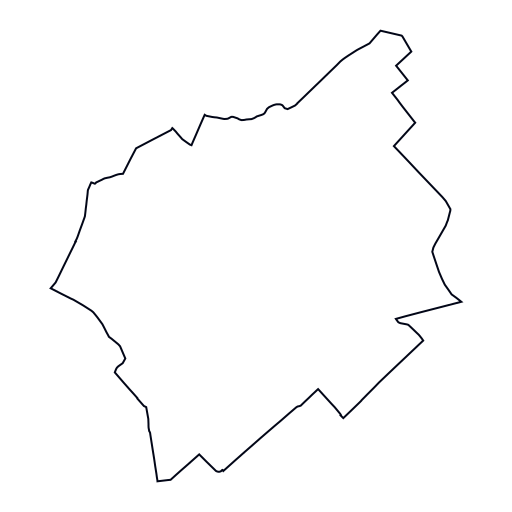 Botiz, Satu Mare, Romania
{"feature_id": "2599482B62414452256024", "entity_name": "Botiz", "entity_type": "district", "adm_level": 2, "iso_a3": "ROU", "parent_name": "Romania", "parent_adm1": "Satu Mare", "projection": "orthographic", "projection_center": [22.945, 47.838], "detail": "fine", "context": "isolated", "style": "outline", "palette": "ink", "viewbox_px": 512, "rotation_deg": 0, "n_neighbors": 0, "source": "geoboundaries", "source_scale": "gbopen_adm2", "svg_char_len": 4046}
<svg xmlns="http://www.w3.org/2000/svg" viewBox="0 0 512 512"><path d="M380.5,30.7L378.8,32.6L377.1,34.5L372.4,40.0L369.5,43.4L362.5,47.1L358.5,49.2L356.7,50.2L348.6,55.4L344.9,57.9L342.7,59.5L340.2,61.6L336.8,65.1L330.8,70.9L324.4,77.1L320.2,81.2L315.4,85.8L309.1,91.9L302.6,98.2L300.2,100.5L297.8,102.8L297.4,103.1L297.3,103.5L295.1,105.5L291.4,107.3L287.6,109.1L287.3,109.0L284.7,108.2L282.6,105.5L282.3,105.2L280.7,104.5L279.4,104.3L277.2,104.3L276.1,104.4L274.1,104.9L272.8,105.4L271.5,106.0L269.0,107.2L267.1,108.8L265.2,112.2L264.4,113.4L263.1,114.3L261.3,115.0L258.4,115.9L256.6,116.5L255.7,117.2L253.9,118.2L251.5,119.1L248.8,119.3L246.4,119.5L245.4,119.7L245.0,119.8L243.7,120.0L241.4,120.1L240.2,119.7L238.7,119.1L237.7,118.4L235.6,117.7L233.2,116.9L231.9,116.8L231.2,116.9L228.4,118.4L227.7,118.7L226.2,118.9L224.2,119.0L222.5,118.7L219.2,118.0L216.9,117.5L214.6,117.3L212.3,117.0L209.3,116.4L206.3,115.8L204.7,114.8L203.0,118.6L199.5,126.6L195.8,135.2L192.7,142.3L191.5,145.2L189.9,144.6L186.9,142.5L184.8,141.0L182.2,139.1L181.2,137.9L177.4,133.6L175.7,131.5L173.1,128.8L172.3,128.1L171.0,130.1L152.1,139.9L136.1,148.3L130.7,158.6L123.0,173.8L120.2,174.0L118.3,174.3L116.3,174.9L114.4,175.6L111.9,176.6L109.8,177.3L107.6,177.7L104.5,178.4L104.2,178.6L103.8,178.7L102.3,179.5L101.6,179.9L100.9,180.2L99.4,180.9L98.0,181.6L96.2,182.4L95.8,182.9L95.3,183.5L94.8,183.7L91.7,182.5L91.3,182.4L90.3,184.5L89.1,187.4L88.5,188.7L88.0,189.8L87.8,190.8L87.7,192.2L87.5,194.4L87.2,196.9L86.7,200.8L86.3,204.6L85.8,208.4L85.5,211.3L85.2,213.9L84.9,216.3L84.3,218.1L83.6,220.0L82.4,223.4L81.1,226.9L79.8,230.4L78.1,235.3L77.4,237.2L76.7,238.9L75.3,241.6L75.7,241.8L75.4,242.2L75.1,242.7L72.1,248.9L70.8,251.5L66.5,260.3L63.7,266.0L58.3,277.1L55.6,282.5L50.7,288.3L60.8,293.5L70.7,298.5L73.4,299.7L83.3,305.5L87.2,308.0L91.4,310.7L93.3,312.3L95.6,315.1L97.5,317.5L102.4,324.2L104.1,327.5L106.5,332.3L108.5,335.9L108.8,336.7L110.1,337.7L111.5,338.7L118.4,344.4L120.1,346.3L122.7,352.4L125.3,358.5L122.7,363.2L120.0,365.1L118.3,366.3L116.9,367.7L116.1,369.1L115.0,371.9L114.8,372.4L120.6,379.1L123.0,381.9L129.6,389.4L133.6,393.8L137.4,398.1L137.3,398.5L143.9,406.0L146.2,407.1L148.3,418.9L148.5,424.1L148.5,425.9L148.6,427.8L148.9,429.4L149.2,431.1L149.7,431.9L150.1,432.9L150.3,434.4L150.7,437.0L152.8,450.4L154.1,458.5L155.2,466.1L156.4,473.7L156.9,477.4L157.5,481.0L157.5,481.3L167.6,480.1L170.6,479.8L176.1,474.8L177.8,473.3L180.7,470.7L186.9,465.3L199.2,454.4L201.5,456.7L203.5,458.7L206.9,462.1L214.9,469.9L215.9,470.9L216.9,471.4L218.0,471.7L219.0,471.8L220.0,471.6L221.0,471.2L221.7,470.5L222.2,470.0L222.4,469.9L222.6,470.0L222.9,470.2L222.9,470.3L222.9,470.5L223.1,470.7L223.3,471.0L229.1,465.8L234.9,460.6L244.4,452.2L253.9,443.9L259.8,438.7L265.8,433.5L273.7,426.7L281.6,420.0L285.6,416.5L289.6,413.0L293.0,410.1L296.4,407.2L297.6,406.5L299.5,406.1L300.8,405.6L301.9,404.5L305.2,401.3L308.6,398.1L312.1,394.7L316.9,390.2L318.1,389.1L323.2,394.7L331.4,403.7L334.7,407.2L340.0,413.6L340.8,414.8L341.0,415.3L340.7,415.5L343.3,418.1L353.1,408.7L359.6,402.4L361.3,400.7L361.5,400.3L367.6,394.1L373.7,388.0L379.0,382.5L387.9,374.0L397.8,364.6L402.9,359.8L408.9,354.1L418.4,345.1L423.2,340.6L421.7,338.4L421.3,337.9L420.9,337.4L419.8,336.0L418.7,334.7L416.9,333.0L411.5,327.8L408.7,325.2L408.2,324.8L406.9,324.4L400.5,323.2L399.4,322.8L398.3,322.2L397.4,321.0L396.3,319.5L395.9,318.9L405.3,316.3L421.7,312.0L432.2,309.3L442.7,306.6L461.3,301.8L459.1,300.0L456.3,297.8L451.6,294.4L449.9,291.9L446.6,287.2L444.8,284.7L442.0,278.9L439.0,271.9L436.5,264.5L433.4,255.2L432.8,253.3L432.5,252.5L432.3,251.7L432.6,250.6L433.1,248.6L433.4,247.5L434.4,245.5L435.4,243.5L437.8,239.4L440.4,234.9L445.7,225.7L447.2,221.7L447.8,220.4L449.8,212.6L450.3,210.8L450.4,209.1L450.2,208.8L445.8,201.1L442.4,197.1L418.3,171.9L407.7,160.6L393.9,146.1L415.2,122.7L414.1,121.4L412.4,119.2L408.8,114.6L402.7,106.8L399.3,102.3L397.6,99.9L392.0,92.8L407.8,80.4L396.1,65.7L411.3,51.6L402.4,36.4L401.6,35.6L380.5,30.7Z" fill="none" stroke="#020617" stroke-width="2"/></svg>